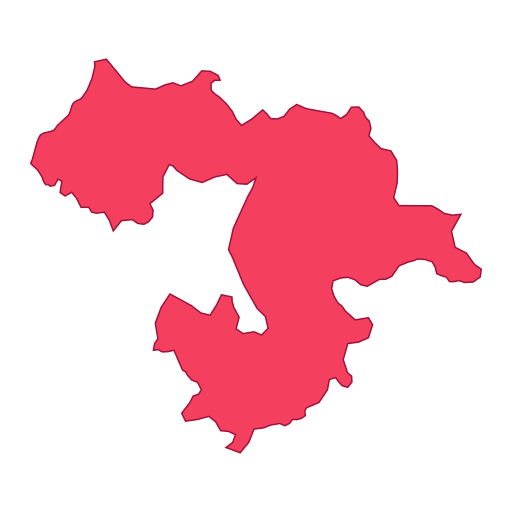 Sofia, orthographic projection
{"feature_id": "BGR-2244", "entity_name": "Sofia", "entity_type": "Province", "adm_level": 1, "iso_a3": "BGR", "parent_name": "Bulgaria", "parent_adm1": "", "projection": "orthographic", "projection_center": [23.554, 42.64], "detail": "fine", "context": "isolated", "style": "filled", "palette": "rose", "viewbox_px": 512, "rotation_deg": 0, "n_neighbors": 0, "source": "natural_earth", "source_scale": "10m", "svg_char_len": 2866}
<svg xmlns="http://www.w3.org/2000/svg" viewBox="0 0 512 512"><path d="M30.7,163.4L32.3,159.5L37.0,142.3L38.7,137.9L40.5,134.9L43.6,133.1L50.8,131.4L54.1,130.1L57.7,125.2L68.6,115.0L70.0,112.2L71.9,105.8L73.2,103.3L75.4,101.4L79.8,99.3L81.9,97.8L87.3,89.8L92.1,78.1L94.9,66.3L94.5,61.8L106.4,59.2L124.9,81.7L131.6,86.9L155.7,89.1L164.6,85.0L172.7,82.8L180.9,85.8L192.5,81.3L201.8,70.9L210.2,71.3L218.1,75.4L220.1,80.2L214.7,80.3L211.0,83.3L211.2,90.3L215.1,94.1L219.4,97.1L226.3,103.7L232.3,111.5L236.2,119.4L241.5,125.4L251.6,119.2L262.7,109.9L266.7,113.7L270.7,118.6L277.5,118.9L284.0,116.3L289.6,109.2L296.7,104.5L306.4,108.7L332.0,113.3L336.2,115.4L340.6,118.6L346.7,114.4L351.4,107.2L358.8,107.0L363.5,112.1L365.5,117.4L369.2,121.0L370.9,128.3L368.9,135.8L374.4,142.2L380.9,148.6L390.9,150.9L396.7,160.4L397.5,171.8L397.1,183.3L393.7,197.6L398.9,205.6L431.8,205.8L438.1,209.2L444.2,213.4L452.5,215.2L460.9,214.3L451.5,231.2L455.1,247.3L466.4,253.1L474.5,264.5L481.3,269.2L480.2,277.0L473.3,282.0L464.5,282.5L459.0,280.6L453.5,281.7L449.5,281.6L446.3,277.1L441.4,275.7L436.7,273.6L435.2,267.3L432.2,261.8L425.1,259.5L417.6,259.0L413.1,260.9L408.6,261.9L399.1,265.8L391.9,276.2L385.9,279.2L379.3,279.4L367.2,286.3L360.7,284.7L355.0,279.8L348.0,277.3L340.8,278.0L333.1,280.8L331.6,288.8L334.1,296.3L337.7,302.7L342.0,306.1L345.3,311.0L355.2,319.9L368.4,317.7L372.6,324.7L368.4,337.8L358.3,342.2L347.8,343.5L343.2,359.6L347.5,372.7L351.6,376.1L351.9,382.0L347.7,387.4L342.2,385.7L338.8,382.1L335.7,377.6L329.4,379.5L327.4,389.9L318.9,402.5L306.6,407.7L304.8,410.9L305.3,415.7L301.3,418.4L296.7,419.6L292.5,419.4L289.6,423.4L284.9,425.7L279.8,423.5L270.8,425.0L263.8,427.8L254.0,429.1L248.9,442.1L240.2,452.8L226.0,447.5L232.7,442.4L235.5,434.7L228.5,431.4L220.7,430.7L215.6,421.7L208.8,416.4L197.2,419.5L185.5,421.2L181.7,413.2L190.0,402.3L193.2,396.0L198.5,394.2L201.4,389.8L197.5,382.3L191.8,380.1L187.6,375.4L185.6,371.9L182.6,370.2L173.9,350.2L168.3,351.6L162.3,351.9L158.0,349.6L153.4,350.3L154.5,343.8L157.9,338.6L155.3,323.2L161.2,307.3L170.0,294.0L191.3,305.6L200.7,312.9L210.0,315.3L216.5,305.1L221.5,294.8L232.0,297.0L232.1,301.3L233.8,307.4L239.1,317.1L236.1,328.9L243.1,333.6L254.1,331.8L261.6,335.0L268.1,328.3L265.4,316.5L257.2,308.6L243.5,284.3L232.5,257.5L228.5,249.7L233.4,228.1L247.5,197.1L252.9,187.1L256.0,177.8L246.8,184.2L237.1,183.6L226.9,174.4L215.0,176.9L202.1,182.5L189.4,178.9L176.6,170.2L173.3,166.2L169.2,164.6L162.9,177.0L162.7,193.2L149.9,203.7L153.1,210.2L152.5,217.1L148.5,221.9L143.9,224.3L137.7,223.4L132.3,219.6L121.4,220.7L113.3,230.9L109.4,220.4L104.4,212.2L96.5,213.2L91.6,212.1L88.8,207.3L81.0,207.3L76.6,198.4L71.7,192.3L65.1,196.0L60.1,192.4L61.8,181.3L58.0,179.1L54.5,185.4L50.1,186.2L48.3,184.5L45.8,184.7L43.5,181.4L42.1,177.0L37.7,170.0L32.1,164.9L30.7,163.4Z" fill="#f43f5e" stroke="#9f1239" stroke-width="1.5"/></svg>